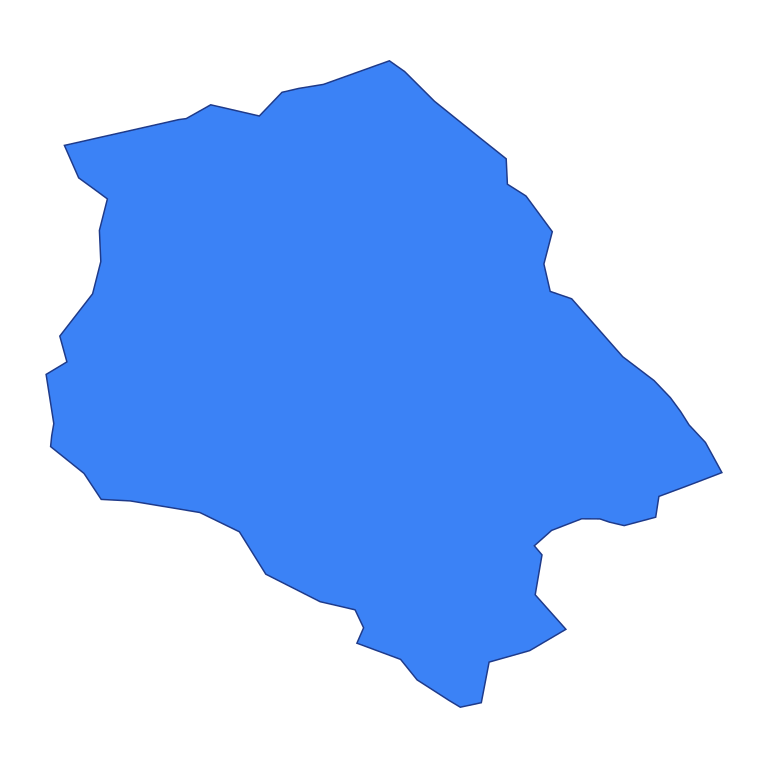 Mo'nxxairxan, Hovd, Mongolia
{"feature_id": "93677404B78985711680855", "entity_name": "Mo'nxxairxan", "entity_type": "district", "adm_level": 2, "iso_a3": "MNG", "parent_name": "Mongolia", "parent_adm1": "Hovd", "projection": "equal_earth", "projection_center": [91.832, 47.003], "detail": "fine", "context": "isolated", "style": "filled", "palette": "blue", "viewbox_px": 768, "rotation_deg": 0, "n_neighbors": 0, "source": "geoboundaries", "source_scale": "gbopen_adm2", "svg_char_len": 966}
<svg xmlns="http://www.w3.org/2000/svg" viewBox="0 0 768 768"><path d="M460.3,707.2L481.3,702.7L489.1,662.1L529.7,650.6L565.9,629.3L535.2,594.8L542.0,554.9L534.3,545.8L551.6,530.4L581.6,518.8L599.9,518.9L609.6,522.2L624.2,525.6L655.7,517.2L658.9,496.4L690.3,484.7L721.9,472.6L715.1,460.1L705.4,442.4L689.1,425.0L680.7,411.7L670.5,397.8L654.1,380.6L622.7,356.7L571.7,298.8L550.2,291.4L543.9,264.0L552.3,231.7L526.0,196.0L507.4,184.2L506.2,158.8L479.1,137.2L434.5,101.3L404.7,71.6L389.4,60.8L375.9,65.6L323.4,84.4L298.8,88.4L282.0,92.3L259.3,116.0L210.7,104.8L186.2,118.6L178.7,119.6L64.4,145.4L78.7,177.9L89.7,185.9L107.4,198.9L99.4,230.4L100.8,261.6L92.6,293.8L59.8,336.1L66.9,361.9L46.1,374.4L53.8,423.6L51.7,435.8L50.6,446.6L84.0,473.4L101.2,499.4L130.1,500.9L199.8,512.5L239.4,531.8L265.8,574.2L320.1,601.7L355.0,609.8L355.5,610.7L363.6,627.8L356.9,643.2L400.6,659.4L417.1,679.9L449.0,700.4L460.3,707.2Z" fill="#3b82f6" stroke="#1e3a8a" stroke-width="1.5"/></svg>